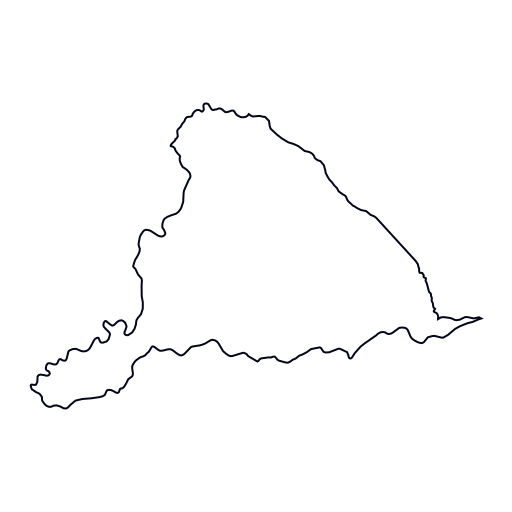 Arenal, Yoro, Honduras, rotated 180°
{"feature_id": "27666195B63799157965046", "entity_name": "Arenal", "entity_type": "district", "adm_level": 2, "iso_a3": "HND", "parent_name": "Honduras", "parent_adm1": "Yoro", "projection": "natural_earth1", "projection_center": [-86.801, 15.351], "detail": "fine", "context": "isolated", "style": "outline", "palette": "ink", "viewbox_px": 512, "rotation_deg": 180, "n_neighbors": 0, "source": "geoboundaries", "source_scale": "gbopen_adm2", "svg_char_len": 6100}
<svg xmlns="http://www.w3.org/2000/svg" viewBox="0 0 512 512"><g transform="rotate(180 256 256)"><path d="M336.7,372.8L336.8,371.8L337.5,370.9L339.3,369.3L340.9,367.5L341.3,366.6L341.3,366.0L341.0,365.7L340.2,365.7L338.9,365.2L337.7,364.2L337.1,363.4L336.8,362.2L336.2,361.0L334.4,358.6L332.2,356.3L331.9,355.3L332.3,354.1L332.3,351.8L331.7,349.7L330.8,347.6L329.3,345.0L325.5,342.5L323.0,339.9L322.3,338.8L321.8,337.5L321.6,336.1L321.7,334.8L322.1,333.8L323.2,332.3L328.0,321.4L328.4,319.0L328.8,310.2L330.6,304.7L331.5,302.8L333.5,300.2L335.2,298.8L336.5,298.1L341.1,296.6L344.9,295.0L347.5,293.2L348.4,291.9L349.5,288.5L349.7,285.3L349.4,284.1L348.0,282.1L346.9,279.6L346.7,278.2L347.3,277.1L348.3,276.2L349.4,275.7L350.9,275.5L352.2,275.7L354.2,276.5L361.6,281.3L364.1,282.0L366.2,282.2L367.7,281.7L369.1,280.3L371.3,277.0L372.2,274.8L373.4,268.6L373.3,266.7L372.2,263.2L372.4,260.7L373.8,257.2L377.0,251.8L378.4,247.5L378.8,245.7L378.6,245.1L376.6,243.1L374.0,237.6L370.6,233.6L370.3,232.9L370.1,231.4L370.4,226.3L370.3,215.9L369.2,209.7L369.2,204.1L369.3,203.0L371.0,197.8L374.2,194.0L375.4,192.0L375.8,190.5L376.1,187.4L377.5,183.1L379.9,179.5L383.8,176.9L384.8,176.8L385.7,176.9L386.5,177.2L387.1,177.7L387.5,178.5L387.6,179.4L385.7,184.5L385.5,185.9L386.8,189.2L388.7,190.9L390.4,191.7L392.8,191.3L394.8,190.1L397.9,187.0L399.5,186.4L400.4,186.7L401.6,187.4L405.7,190.8L406.7,191.0L407.6,190.2L408.3,188.9L408.6,187.4L408.4,185.9L408.1,185.2L406.6,183.4L402.9,179.8L402.3,178.7L402.0,177.7L403.3,173.1L405.3,170.6L408.8,169.4L410.8,169.4L411.8,170.2L413.5,174.1L414.1,174.3L415.5,173.9L416.8,173.2L417.9,171.9L422.0,164.1L423.4,162.4L424.7,161.5L426.6,160.8L429.0,160.6L431.1,161.1L435.8,163.1L439.0,163.0L442.2,161.7L443.5,160.7L445.3,153.5L445.9,152.2L446.6,151.5L447.4,151.3L448.5,151.4L450.0,152.0L451.2,152.8L451.9,152.9L452.7,152.6L453.2,152.0L454.6,149.0L455.2,148.2L456.0,147.7L457.0,147.5L458.3,147.6L461.5,148.6L462.9,148.8L463.7,148.7L464.5,148.3L465.6,146.7L466.0,144.8L466.2,143.3L465.3,141.6L463.4,140.7L462.6,139.7L462.2,138.6L462.7,137.4L463.7,136.6L465.1,136.3L466.2,136.4L467.8,136.9L471.7,137.4L473.2,136.9L473.9,136.3L474.4,135.5L474.7,130.1L476.0,127.3L477.7,127.1L480.5,127.4L481.1,127.0L481.3,126.4L480.9,124.6L480.1,122.7L475.8,119.8L473.0,118.5L472.1,117.8L470.1,115.1L469.9,111.8L469.5,110.8L467.3,107.8L465.3,106.1L463.7,105.4L461.9,105.1L460.5,105.4L458.3,106.4L455.3,106.6L452.2,105.7L448.3,103.7L446.2,103.5L445.1,103.9L443.9,104.7L441.2,107.5L436.5,111.4L429.7,113.0L420.8,113.7L412.4,114.9L409.5,115.7L407.2,117.0L405.6,120.6L405.0,121.5L404.4,121.9L403.1,122.1L401.3,122.0L399.2,121.2L395.8,119.3L394.6,119.1L393.8,119.3L393.1,120.0L392.0,123.0L391.2,123.5L390.1,123.6L389.2,124.0L387.6,125.6L385.5,129.2L383.8,132.7L380.2,135.4L379.6,136.1L379.2,137.2L379.1,138.6L379.8,143.5L379.8,145.5L379.2,147.3L377.3,150.2L375.9,151.7L372.9,153.9L371.2,154.9L368.4,155.8L366.7,156.8L365.3,158.5L363.2,160.2L360.6,164.6L360.0,165.3L359.4,165.6L358.0,165.3L353.5,162.0L351.9,161.2L349.2,161.4L344.0,162.7L342.3,162.8L341.0,162.6L338.9,161.5L335.8,159.0L333.3,157.4L331.8,156.7L330.5,156.6L329.0,157.2L327.6,158.1L320.8,165.1L318.3,165.7L312.3,166.6L309.2,167.5L306.8,168.5L301.3,171.8L299.6,172.2L296.9,171.6L294.9,170.3L293.3,168.3L288.9,160.8L286.0,158.3L283.4,156.5L281.6,155.9L279.6,156.0L269.4,159.1L268.2,159.2L266.0,158.3L265.1,157.6L264.3,156.4L263.7,155.8L254.6,150.5L253.5,151.1L252.4,152.7L250.8,153.6L243.6,154.6L241.1,154.5L239.1,155.3L237.6,155.4L237.0,155.2L234.4,152.2L233.2,151.4L226.3,149.5L224.2,149.3L222.1,150.2L219.2,152.3L216.3,153.5L212.8,156.3L209.6,157.5L205.2,159.8L201.0,162.9L192.4,164.6L191.6,164.4L190.9,163.8L188.4,160.1L186.4,159.5L182.9,159.7L173.8,163.2L172.7,163.3L171.3,162.9L164.9,159.8L163.8,157.1L163.1,154.4L162.4,153.7L161.6,153.5L160.8,153.8L160.0,154.5L157.2,158.9L151.4,165.4L147.2,168.7L136.0,176.5L133.9,178.4L131.3,179.7L129.6,180.0L128.1,179.9L126.8,179.6L124.8,178.3L123.4,178.0L122.3,178.1L120.8,178.5L119.2,179.4L112.8,184.1L110.1,184.5L107.3,184.2L105.6,183.5L104.3,182.1L101.3,175.0L99.7,173.1L97.1,171.3L94.2,169.8L91.9,169.1L90.2,168.9L89.0,169.3L88.1,169.9L84.1,174.7L79.9,175.9L77.4,176.1L70.1,174.3L68.5,174.5L64.0,177.1L56.9,183.1L51.8,185.9L44.5,188.8L39.3,190.1L33.9,192.5L30.7,193.5L33.0,194.7L38.4,193.6L43.9,194.8L46.1,195.0L47.4,194.7L52.3,192.3L55.4,191.8L57.5,192.2L60.2,193.5L62.4,194.1L68.3,194.9L71.1,194.6L74.0,192.9L73.8,195.7L74.6,197.9L75.7,199.1L77.8,200.0L78.2,200.5L78.1,201.3L76.9,203.2L78.3,204.4L78.7,205.1L79.2,208.9L80.3,211.0L80.2,214.5L80.8,215.4L81.2,218.4L82.8,220.0L83.2,221.0L85.2,228.6L86.3,231.0L86.4,231.9L86.1,232.9L86.2,233.8L88.3,234.8L88.4,235.7L88.3,236.9L89.1,237.9L89.6,238.9L90.1,239.1L92.1,239.1L92.4,239.3L92.9,241.1L92.9,243.7L93.4,244.5L94.2,247.9L96.4,251.1L135.8,294.2L137.5,295.5L141.5,297.2L145.8,300.9L150.8,301.9L154.9,303.9L157.3,305.5L159.1,306.4L163.8,310.8L164.8,312.3L165.9,315.0L166.7,316.2L169.7,318.0L173.3,320.6L175.1,324.0L177.6,326.4L180.5,330.3L182.3,332.0L184.1,334.8L186.4,339.2L186.7,341.6L188.2,346.9L191.5,350.8L194.4,351.8L196.8,353.6L197.4,354.3L197.7,355.5L198.4,356.6L199.6,358.1L201.0,359.1L202.8,360.0L207.3,361.0L213.7,365.9L218.4,368.0L223.8,369.7L230.2,373.6L235.1,377.4L241.4,383.3L242.3,386.0L243.0,391.1L247.0,395.1L248.6,395.2L252.4,396.1L259.2,395.5L260.8,396.2L263.3,397.9L264.3,396.3L266.2,395.2L268.6,394.7L271.1,394.9L271.9,395.2L275.1,396.9L276.7,398.9L277.7,400.6L278.7,401.4L280.3,401.4L284.3,400.0L285.9,399.8L286.9,400.0L290.3,402.9L292.1,403.6L293.2,403.5L295.6,402.6L296.5,402.6L298.4,402.0L299.5,402.1L300.1,402.4L300.8,403.1L303.6,407.8L305.1,408.5L307.0,408.5L307.9,407.9L308.5,406.9L308.6,406.1L308.2,402.8L308.6,401.6L309.4,400.7L309.9,400.4L310.6,400.5L311.9,401.5L313.1,402.0L314.5,402.0L315.6,401.8L317.0,400.9L318.2,399.8L319.3,398.1L319.8,396.5L320.4,395.8L321.3,395.4L324.5,395.0L325.3,394.7L326.1,393.9L326.9,392.7L327.5,390.9L329.7,388.3L331.4,385.2L333.7,383.0L334.4,382.1L334.7,381.1L334.7,379.7L334.2,375.8L335.1,374.0L336.1,373.0L336.7,372.8Z" fill="none" stroke="#020617" stroke-width="2"/></g></svg>